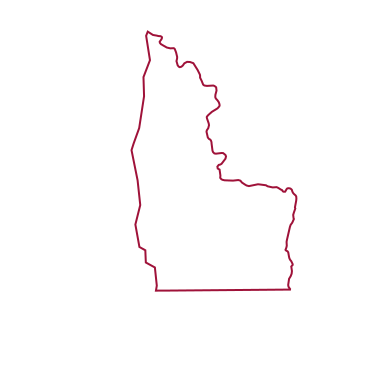 the district of Warren, New Jersey, United States of America, rotated 131°
{"feature_id": "52423323B72584796071045", "entity_name": "Warren", "entity_type": "district", "adm_level": 2, "iso_a3": "USA", "parent_name": "United States of America", "parent_adm1": "New Jersey", "projection": "robinson", "projection_center": [-75.098, 40.843], "detail": "fine", "context": "isolated", "style": "outline", "palette": "rose", "viewbox_px": 384, "rotation_deg": 131, "n_neighbors": 0, "source": "geoboundaries", "source_scale": "gbopen_adm2", "svg_char_len": 2151}
<svg xmlns="http://www.w3.org/2000/svg" viewBox="0 0 384 384"><g transform="rotate(131 192 192)"><path d="M131.6,122.9L131.9,123.9L131.5,125.3L131.7,126.0L131.9,126.6L132.3,129.5L132.8,131.3L135.6,134.1L138.1,138.7L138.4,140.6L141.9,145.9L142.9,147.3L150.2,152.9L151.3,155.1L151.6,156.7L152.1,160.5L151.7,162.9L152.6,164.9L156.5,168.5L161.8,175.1L162.8,177.0L163.1,178.2L162.8,180.0L161.0,181.3L157.0,185.9L157.4,188.0L156.2,189.5L154.0,189.6L152.8,188.7L151.4,188.2L144.9,188.6L142.8,189.7L142.1,191.1L142.2,194.0L143.1,195.2L147.4,199.1L148.2,200.4L148.1,202.2L147.4,203.6L142.6,209.0L141.6,210.0L140.7,211.5L140.5,212.7L140.8,214.0L140.5,215.8L137.0,220.6L135.7,221.3L133.2,221.6L130.4,223.0L129.2,224.5L126.6,229.0L125.8,230.0L125.3,230.2L123.2,230.2L118.5,229.6L112.1,227.6L109.4,227.6L108.5,228.0L107.7,228.9L106.7,230.6L106.1,232.9L105.8,235.4L105.1,236.7L103.3,238.1L99.4,240.0L97.2,242.4L97.1,243.2L97.3,244.8L97.7,245.8L102.1,250.3L103.4,252.3L103.7,253.4L103.5,254.3L101.8,257.6L100.4,260.9L99.0,262.1L98.9,262.2L98.2,263.1L96.2,267.9L93.9,275.5L95.2,278.8L97.0,281.1L99.9,282.2L102.6,281.9L104.4,282.2L105.8,283.1L106.1,284.2L105.8,285.9L103.4,289.6L101.1,290.8L99.8,291.8L97.1,295.6L95.4,298.8L95.4,300.1L97.8,302.6L99.5,305.8L100.8,312.4L100.5,314.1L99.8,315.0L96.6,315.3L95.3,315.8L94.8,316.5L95.0,317.9L96.3,319.6L97.1,321.2L99.1,324.5L100.0,330.6L104.2,329.1L120.1,310.2L137.1,304.0L151.2,291.0L178.4,273.8L193.6,267.9L200.1,265.1L218.9,240.7L235.8,222.5L253.7,213.4L268.0,195.6L266.6,189.0L275.5,180.6L273.3,170.5L285.8,157.1L290.1,154.5L280.7,143.8L200.8,53.4L201.0,53.9L200.2,57.0L199.1,58.4L193.8,61.8L190.8,62.3L188.3,63.2L186.1,64.7L183.1,68.2L180.9,68.2L180.3,68.9L179.1,71.7L178.8,73.4L178.2,74.9L177.3,76.2L174.4,79.8L174.1,80.9L174.5,83.0L174.3,83.5L172.1,84.3L170.4,85.2L167.6,87.9L166.1,88.8L154.1,95.2L152.1,96.0L149.4,96.2L145.5,97.4L145.2,98.1L142.9,100.6L140.5,101.7L136.7,103.2L136.1,104.2L130.3,107.6L128.6,108.8L127.0,110.4L126.6,111.6L126.6,113.8L126.4,115.1L125.9,116.4L124.8,118.2L124.8,119.9L125.6,121.4L126.7,122.4L127.7,122.5L130.6,121.9L131.6,122.9Z" fill="none" stroke="#9f1239" stroke-width="2"/></g></svg>